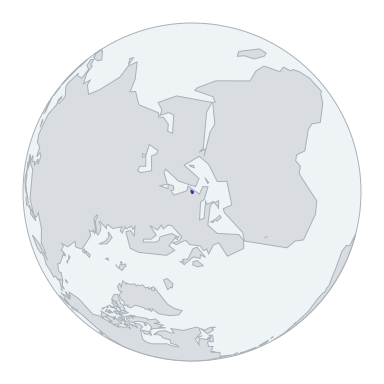 Kardzhali on an orthographic globe, rotated 226°
{"feature_id": "BGR-2237", "entity_name": "Kardzhali", "entity_type": "Province", "adm_level": 1, "iso_a3": "BGR", "parent_name": "Bulgaria", "parent_adm1": "", "projection": "orthographic", "projection_center": [25.602, 41.573], "detail": "fine", "context": "on_globe", "style": "filled", "palette": "violet", "viewbox_px": 384, "rotation_deg": 226, "n_neighbors": 0, "source": "natural_earth", "source_scale": "10m", "svg_char_len": 11023}
<svg xmlns="http://www.w3.org/2000/svg" viewBox="0 0 384 384"><g transform="rotate(226 192 192)"><circle cx="192" cy="192" r="169" fill="#eef3f6" stroke="#a8b0b8"/><path d="M131.8,34.1L136.2,32.9L131.4,34.6L134.0,33.9L140.2,32.0L143.6,30.9L161.0,29.1L181.6,27.5L187.9,26.1L186.7,27.4L198.6,24.7L209.7,25.0L197.3,25.3L196.0,25.9L203.6,26.2L203.9,27.0L207.8,27.8L207.6,28.8L200.3,29.4L200.0,30.2L205.4,30.4L208.5,32.0L200.7,31.4L205.3,34.1L194.1,36.4L173.3,35.7L167.0,39.3L145.6,45.1L147.6,46.0L140.7,49.4L140.4,51.9L136.5,52.6L139.6,54.0L143.2,52.9L145.8,53.2L146.0,54.7L141.0,55.8L140.2,55.2L138.9,56.3L136.4,56.3L137.7,57.1L131.7,58.5L137.8,59.4L133.2,62.5L129.2,62.8L129.4,59.8L120.7,54.4L116.7,54.5L110.9,57.4L100.1,68.6L95.8,70.3L90.0,74.7L92.4,74.9L97.8,71.6L100.9,73.5L107.1,69.7L109.3,70.1L115.7,67.7L114.9,71.4L110.6,76.5L105.2,78.8L103.1,81.2L108.4,82.0L98.4,89.6L92.1,100.8L89.5,102.6L84.3,100.3L84.0,92.3L77.2,90.9L81.7,95.4L75.1,100.6L74.1,103.1L74.5,105.2L77.1,104.7L74.8,107.4L69.6,103.5L71.5,101.0L73.1,102.1L73.0,98.6L69.3,96.7L66.3,99.9L64.1,94.9L61.9,97.2L60.2,97.7L63.8,94.2L57.2,100.6L54.1,98.2L45.0,110.2L53.8,96.8L56.9,91.8L59.8,87.2L58.3,89.0L64.2,81.5L64.5,81.2L72.5,72.5L81.2,64.4L90.4,57.0L100.2,50.2L110.3,44.1L120.9,38.7L131.8,34.1ZM28.9,148.0L28.4,150.8L26.5,158.0L27.6,154.8L26.3,161.5L26.1,173.3L25.7,174.0L25.3,192.9L27.9,208.0L28.4,216.1L27.8,218.1L29.4,223.0L29.5,225.3L38.3,244.6L45.1,258.4L46.4,265.9L43.7,268.0L48.2,280.6L47.3,279.2L41.3,268.4L36.1,257.1L31.7,245.5L28.3,233.7L25.6,221.6L23.9,209.3L23.1,197.0L23.2,184.6L24.2,172.3L26.1,160.0L28.9,148.0ZM42.8,113.6L35.8,130.3L37.4,124.7L37.5,124.8L39.8,119.7L43.2,112.4L45.2,108.3L42.8,113.6ZM45.0,112.2L46.0,109.8L45.4,111.7L45.0,112.2ZM145.1,30.4L140.3,31.9L134.5,33.6L138.5,32.1L145.1,30.4ZM156.0,28.3L153.9,28.9L151.2,29.0L153.2,28.5L156.0,28.3ZM192.4,25.1L188.4,25.2L192.2,24.9L192.4,25.1ZM208.4,27.7L209.4,27.5L211.0,28.0L208.4,27.7ZM115.8,65.9L115.7,66.8L114.6,66.8L115.8,65.9ZM118.6,64.1L117.2,63.5L118.4,62.5L119.2,63.0L118.6,64.1ZM212.0,30.2L214.2,31.3L210.7,30.3L212.0,30.2ZM120.0,65.2L120.6,61.0L122.6,59.5L127.4,59.9L120.0,65.2ZM214.7,32.0L220.1,35.0L222.9,34.7L218.2,37.7L215.1,33.9L210.4,32.6L213.9,32.7L214.7,32.0ZM144.3,51.9L140.5,53.2L143.5,50.8L144.3,51.9ZM145.7,50.4L151.4,43.4L157.1,42.6L154.0,44.9L161.3,43.0L161.3,46.0L157.3,47.7L153.6,47.6L156.4,48.9L145.7,50.4ZM214.8,39.1L215.0,40.1L213.4,39.2L214.8,39.1ZM147.1,53.2L147.7,51.7L152.7,50.8L152.4,53.6L150.9,53.0L147.1,53.2ZM163.3,41.2L166.9,41.2L167.9,43.5L169.5,43.9L161.8,46.0L163.3,41.2ZM149.8,53.9L152.0,55.0L149.8,56.9L146.8,54.5L149.8,53.9ZM154.2,49.5L156.6,49.2L155.1,50.2L154.2,49.5ZM143.2,64.4L143.8,62.5L146.5,61.8L143.2,64.4ZM153.0,55.4L153.8,54.7L154.9,54.3L155.9,55.5L153.0,55.4ZM163.1,47.6L162.7,48.7L166.3,46.8L167.1,48.7L161.9,49.9L164.5,50.2L164.8,50.8L160.2,51.1L163.1,47.6ZM160.3,55.4L153.9,57.9L152.1,61.5L149.6,62.2L153.0,56.2L160.3,55.4ZM160.6,52.8L159.9,54.5L157.2,54.3L156.1,53.0L160.6,52.8ZM169.6,49.7L169.6,46.5L170.8,46.4L169.6,49.7ZM160.3,56.5L161.8,55.9L160.5,56.8L160.3,56.5ZM167.4,51.7L167.2,50.6L168.5,50.5L167.4,51.7ZM165.0,55.8L163.0,56.5L162.1,55.6L165.0,55.8ZM166.5,54.0L168.4,54.1L163.1,54.8L166.2,53.4L166.5,54.0ZM168.6,51.8L169.3,51.4L168.5,52.4L168.6,51.8ZM169.3,59.1L162.9,60.2L161.1,58.1L167.6,57.2L169.3,59.1ZM90.3,265.4L80.1,238.9L85.1,232.2L85.9,221.5L120.3,195.7L127.6,200.3L154.8,201.0L158.2,202.9L155.0,211.6L175.4,224.5L182.0,217.4L200.4,223.2L212.6,222.1L216.8,205.0L196.8,206.4L193.3,198.2L209.3,189.9L226.8,188.9L225.9,185.7L214.8,179.7L218.8,173.1L211.0,177.1L214.2,180.2L209.4,182.9L206.2,180.4L207.7,178.0L202.4,176.9L196.5,189.0L199.1,193.4L185.3,195.8L188.4,203.5L184.6,207.1L178.1,195.4L178.7,191.1L166.6,177.9L164.7,182.5L176.0,195.5L172.5,194.3L170.0,201.4L169.1,195.1L157.3,180.4L144.8,181.3L128.9,196.1L121.6,195.6L115.4,190.1L121.2,172.9L136.9,176.0L139.1,170.6L135.9,161.0L140.9,163.0L141.6,159.7L147.5,160.5L155.8,153.8L161.8,153.9L165.1,144.1L168.6,142.9L165.7,149.0L166.9,153.5L181.8,154.1L184.7,152.0L185.6,145.7L189.6,147.0L188.6,140.8L197.2,138.4L185.8,136.4L186.6,129.6L191.7,124.5L190.0,122.1L181.6,130.5L180.0,134.3L182.0,138.0L176.1,148.7L171.0,150.2L169.4,138.1L162.0,139.1L164.1,129.7L185.5,111.8L194.4,108.5L209.3,116.7L207.2,121.0L200.8,120.0L206.7,127.0L206.2,123.5L209.6,124.7L211.1,119.0L213.6,119.6L210.9,113.3L214.1,113.5L215.7,117.5L220.7,109.8L227.3,108.8L227.2,106.9L225.3,105.0L234.9,105.4L234.5,103.9L231.2,103.2L228.1,99.9L226.4,94.5L229.9,94.9L230.9,96.9L238.3,102.0L240.5,107.7L241.8,107.4L240.6,102.6L231.6,96.3L229.7,92.9L234.3,95.3L232.4,94.2L232.5,92.6L235.8,91.6L230.9,88.9L227.3,73.2L233.3,70.1L237.8,73.7L238.9,64.5L245.5,62.7L242.5,61.9L240.9,57.5L238.8,58.0L237.2,57.3L232.2,47.3L233.7,45.6L228.1,41.3L226.5,41.0L225.1,41.9L218.2,37.7L222.9,34.7L226.2,35.4L226.9,33.4L234.4,35.6L241.0,36.7L248.8,40.9L253.3,41.8L253.0,40.9L258.9,41.8L272.0,47.3L262.6,46.5L243.2,40.9L251.2,43.3L249.8,44.0L252.9,45.7L258.5,47.6L258.9,47.0L269.7,57.8L284.0,67.2L282.1,62.5L285.2,62.2L299.7,70.8L319.1,93.3L323.4,94.8L326.5,97.9L328.9,103.1L324.5,98.6L323.3,100.0L320.4,96.9L322.9,104.3L318.9,100.3L322.8,108.4L325.9,110.0L325.2,104.7L330.3,114.0L334.9,115.1L340.0,121.8L347.8,142.5L348.8,154.7L349.8,157.5L347.8,158.1L348.7,167.1L355.4,174.6L356.4,178.7L356.3,193.2L355.6,190.4L350.4,191.8L352.0,202.9L356.1,204.3L357.6,211.3L355.6,213.4L353.8,207.6L351.9,207.8L350.5,198.8L345.3,189.1L343.2,196.4L341.6,191.1L334.1,185.4L330.0,195.7L324.7,219.6L326.9,233.7L323.7,242.9L312.6,229.4L307.1,217.1L303.4,221.2L291.7,214.4L272.2,222.9L269.2,220.0L265.6,223.3L257.3,222.1L252.6,216.7L247.7,218.7L260.1,232.4L265.4,230.4L269.4,222.1L271.9,227.5L279.9,229.8L271.9,247.6L242.6,268.5L239.4,258.2L215.4,230.3L215.9,226.5L215.8,226.0L215.5,225.3L213.7,231.6L209.4,225.6L222.6,246.6L225.0,255.6L242.2,269.2L240.7,271.2L246.1,273.3L263.2,264.6L263.3,268.2L255.5,286.3L231.6,310.9L234.6,322.1L232.6,331.3L217.4,338.9L218.4,344.5L210.5,347.1L209.8,349.9L203.2,353.0L192.4,355.6L174.4,355.0L173.5,353.0L164.9,347.7L152.9,332.5L157.7,325.6L156.2,319.1L143.2,301.8L146.0,292.9L142.5,288.3L135.2,287.9L131.1,282.0L126.6,280.9L98.8,275.5L90.3,265.4ZM108.6,212.2L107.7,215.4L108.6,212.2ZM245.6,196.3L255.8,194.2L250.6,184.6L254.1,183.1L251.1,180.6L250.2,183.9L242.6,176.6L246.8,172.3L245.2,167.8L241.7,168.4L235.3,177.7L246.1,188.0L244.0,193.0L245.6,196.3ZM26.2,173.6L26.0,176.5L25.8,174.6L26.2,173.6ZM36.4,126.6L35.5,129.1L34.6,131.4L35.0,129.9L36.4,126.6ZM32.0,146.8L31.6,150.2L31.5,147.9L32.0,146.8ZM35.0,132.8L32.3,144.4L32.1,140.8L34.1,133.6L33.5,136.9L35.0,132.8ZM42.9,114.7L42.1,116.7L41.5,117.4L42.9,114.7ZM44.6,113.5L44.7,113.1L45.6,111.4L44.6,113.5ZM75.5,100.8L75.8,101.2L75.7,103.6L74.6,103.2L75.5,100.8ZM82.0,111.0L78.3,115.2L80.2,111.7L77.9,111.7L79.2,104.7L88.3,103.2L83.9,105.0L82.0,111.0ZM83.3,95.5L81.5,99.8L83.1,95.2L83.3,95.5ZM139.1,141.9L141.1,144.6L138.9,148.1L131.2,149.0L134.5,143.8L139.1,141.9ZM144.5,147.7L145.1,136.0L149.9,135.3L147.1,137.6L150.2,138.3L146.6,142.3L150.5,153.4L148.8,157.3L135.6,156.3L140.9,154.3L138.6,151.7L144.5,147.7ZM138.3,110.8L138.6,106.7L148.5,110.4L147.1,113.9L139.4,114.7L136.6,111.1L138.3,110.8ZM128.3,67.2L127.8,66.1L129.2,65.6L130.7,66.3L128.3,67.2ZM143.3,63.6L132.0,72.1L130.9,71.1L125.7,77.7L120.6,77.8L124.1,73.4L116.3,78.7L117.5,74.8L112.5,78.8L120.9,69.1L121.7,66.1L122.8,69.3L127.4,69.2L129.7,68.3L136.5,63.5L140.4,57.5L145.6,56.7L148.3,57.9L148.1,59.2L144.8,59.2L147.0,61.0L142.1,62.0L143.3,63.6ZM176.5,76.4L172.7,74.9L176.3,80.5L171.4,80.8L172.1,81.5L168.6,83.4L165.5,87.0L163.3,86.6L163.1,88.2L160.7,89.7L159.7,91.8L155.3,92.0L153.6,94.7L152.5,93.3L150.8,97.9L150.1,94.6L147.0,96.4L149.4,98.6L128.2,96.4L119.9,98.6L113.4,102.5L113.0,96.8L118.8,89.8L127.6,83.4L135.6,82.3L134.0,80.1L137.3,79.0L137.2,81.2L139.4,77.3L142.2,77.0L150.0,72.5L151.4,67.4L154.3,65.8L155.1,67.6L157.4,64.7L160.9,67.3L163.1,66.3L168.6,67.9L169.0,72.5L171.3,71.0L175.7,72.5L176.5,76.4ZM170.8,59.6L172.3,64.5L170.3,67.3L161.4,63.3L159.0,63.9L153.2,61.8L156.2,58.0L157.6,58.9L159.6,58.9L157.9,60.1L160.8,59.2L162.8,60.5L165.6,60.1L165.3,61.8L170.8,59.6ZM162.0,199.9L164.6,200.5L168.8,200.5L167.3,205.1L162.0,199.9ZM153.7,189.9L156.1,189.6L156.0,195.7L153.3,195.2L153.7,189.9ZM157.5,184.5L156.3,189.2L155.3,186.3L157.5,184.5ZM167.9,148.5L170.4,147.9L170.7,149.4L169.2,151.6L167.9,148.5ZM186.3,94.2L184.4,92.6L185.2,91.9L184.1,87.1L187.6,86.7L189.7,89.4L186.3,94.2ZM213.4,208.3L209.9,211.8L208.0,210.4L209.6,209.5L213.4,208.3ZM187.4,209.2L193.4,211.3L187.0,210.5L187.4,209.2ZM190.0,93.0L189.1,91.0L191.5,92.0L190.0,93.0ZM190.2,86.1L192.9,86.8L187.9,86.1L190.2,86.1ZM260.6,323.3L248.1,339.9L240.4,341.8L239.5,338.5L244.4,329.2L253.5,324.4L258.1,318.9L260.6,323.3ZM358.2,222.6L358.0,223.2L357.1,226.9L357.7,223.5L359.1,217.0L358.2,222.6ZM357.6,223.8L355.6,225.7L349.7,218.7L351.9,215.2L357.4,214.6L357.2,217.2L358.4,217.2L357.6,223.8ZM360.4,205.9L360.3,206.6L360.0,209.0L359.8,204.1L360.0,199.2L360.4,196.6L359.7,173.8L359.9,173.1L360.6,181.5L360.7,182.1L360.9,194.0L360.4,205.9ZM327.6,234.5L331.2,240.0L329.2,243.2L327.6,234.5ZM357.7,161.0L359.1,170.6L357.3,159.6L357.7,161.0ZM355.6,152.0L356.3,154.5L355.8,153.6L355.6,152.0ZM351.4,161.3L351.0,164.7L350.2,162.9L350.1,157.4L351.4,161.3ZM344.0,127.6L347.0,133.0L348.1,135.4L346.4,133.4L344.0,127.6ZM219.2,88.9L216.8,95.8L217.4,101.0L221.5,104.1L214.7,102.9L213.8,94.9L219.2,88.9ZM226.0,74.9L222.4,72.6L224.5,71.9L225.7,72.4L226.0,74.9ZM223.4,74.7L217.8,75.2L216.2,72.8L220.9,72.9L223.4,74.7ZM203.9,83.6L203.0,85.6L201.1,84.6L203.9,83.6ZM358.5,163.5L358.6,163.9L358.4,162.8L358.5,163.5ZM356.5,153.4L357.4,157.6L355.9,151.2L356.5,153.4ZM357.1,156.8L356.3,153.9L356.1,152.2L357.1,156.8ZM356.1,151.9L354.6,146.3L355.2,148.1L356.1,151.9ZM354.2,147.9L355.1,148.4L355.4,152.2L351.6,142.4L351.2,139.6L354.2,147.9ZM327.7,95.5L325.6,93.6L324.2,90.8L326.0,92.9L327.7,95.5ZM317.6,81.0L323.1,89.5L327.2,96.8L327.7,96.4L331.8,101.8L329.1,100.2L323.6,92.0L321.2,87.2L317.4,83.3L313.4,78.2L309.0,74.8L306.2,71.9L309.4,73.7L317.6,81.0ZM307.2,73.5L298.0,66.9L296.9,63.9L298.6,64.6L303.3,68.8L303.6,70.2L307.2,73.5ZM295.5,64.5L295.7,65.8L282.7,61.2L279.7,59.6L288.9,60.9L289.7,62.3L293.0,64.2L295.5,64.5ZM216.7,40.0L215.1,40.1L216.0,39.4L216.7,40.0ZM236.1,57.7L234.1,56.7L235.1,55.8L236.1,57.7ZM229.0,53.5L229.2,55.2L227.6,53.3L229.0,53.5ZM230.1,59.2L228.7,55.8L232.0,59.4L230.1,59.2Z" fill="#d9dde1" stroke="#a8b0b8" stroke-width="1"/><path d="M193.0,191.8L193.2,192.0L193.2,192.3L193.3,192.4L193.2,192.4L193.2,192.5L192.9,192.7L192.8,192.8L192.7,192.8L192.5,192.7L192.4,192.7L192.3,192.8L192.2,192.8L191.9,192.8L191.7,192.9L191.3,193.0L191.2,193.0L191.1,192.8L191.0,192.7L191.0,192.4L191.0,192.1L190.9,192.2L190.7,192.1L190.7,191.9L190.8,191.9L190.9,191.7L190.8,191.4L190.9,191.2L191.0,191.2L191.2,191.3L191.3,191.3L191.5,191.2L191.6,191.3L191.8,191.4L192.0,191.4L192.0,191.5L192.0,191.8L192.3,191.8L192.4,191.7L192.5,191.8L192.6,192.0L192.8,191.9L193.0,191.8L193.0,191.8Z" fill="#8b5cf6" stroke="#5b21b6" stroke-width="1.5"/></g></svg>